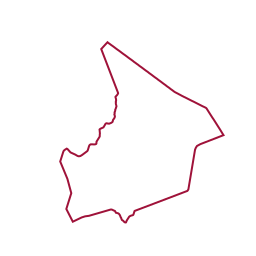 the border of Tamanghasset, rotated 249°
{"feature_id": "DZA-2189", "entity_name": "Tamanghasset", "entity_type": "Province", "adm_level": 1, "iso_a3": "DZA", "parent_name": "Algeria", "parent_adm1": "", "projection": "mercator", "projection_center": [6.568, 24.092], "detail": "fine", "context": "isolated", "style": "outline", "palette": "rose", "viewbox_px": 256, "rotation_deg": 249, "n_neighbors": 0, "source": "natural_earth", "source_scale": "10m", "svg_char_len": 3510}
<svg xmlns="http://www.w3.org/2000/svg" viewBox="0 0 256 256"><g transform="rotate(249 128 128)"><path d="M215.4,139.6L214.3,140.2L213.3,140.9L212.2,141.6L211.1,142.3L210.1,143.0L209.0,143.7L207.9,144.4L206.9,145.0L205.8,145.7L204.7,146.4L203.7,147.1L202.6,147.8L201.5,148.5L200.5,149.1L199.4,149.8L198.3,150.5L197.3,151.2L196.2,151.9L195.1,152.6L194.1,153.2L193.0,153.9L191.9,154.6L190.9,155.3L189.8,156.0L188.7,156.7L187.6,157.3L186.6,158.0L185.5,158.7L184.4,159.4L183.4,160.1L182.3,160.7L181.2,161.4L180.2,162.1L179.1,162.8L178.0,163.5L177.0,164.1L175.9,164.8L174.8,165.5L173.8,166.2L172.7,166.9L171.6,167.5L170.6,168.2L169.5,168.9L168.4,169.6L167.4,170.2L166.3,170.9L165.2,171.6L164.2,172.3L163.1,173.0L162.0,173.6L161.0,174.3L159.9,175.0L158.8,175.7L157.8,176.3L156.7,177.0L155.6,177.7L154.6,178.4L153.5,179.0L152.4,179.7L151.4,180.4L150.3,181.1L149.2,181.7L148.2,182.4L147.1,183.1L145.0,184.4L143.5,185.7L142.4,186.7L141.2,187.7L140.1,188.7L139.0,189.6L137.8,190.7L137.2,191.2L136.3,192.1L135.3,193.0L134.3,193.9L133.3,194.8L132.3,195.7L131.3,196.6L130.3,197.5L129.4,198.4L128.4,199.3L127.4,200.2L126.4,201.1L125.4,202.0L124.4,202.9L123.4,203.8L122.4,204.7L121.4,205.6L120.5,206.5L119.2,207.7L118.5,208.2L117.8,208.4L115.8,208.8L114.3,209.1L110.8,209.8L107.4,210.5L105.8,210.9L102.9,211.5L99.9,212.1L96.9,212.7L94.0,213.3L91.3,213.8L88.6,214.3L87.1,214.6L87.0,189.8L86.5,186.0L85.3,184.3L83.7,182.8L49.1,162.4L48.3,161.4L48.0,160.8L48.2,104.7L48.1,104.4L48.0,104.2L47.8,104.1L45.2,102.0L45.0,101.7L44.9,101.2L45.1,99.5L45.0,98.5L45.0,98.1L44.9,97.7L44.8,97.4L44.6,97.1L42.1,93.7L40.8,92.5L40.6,92.2L40.8,91.6L41.1,91.2L41.9,90.7L43.1,90.3L44.1,89.5L44.3,89.4L45.5,89.3L46.4,89.4L46.6,89.4L47.2,89.2L47.4,89.2L49.5,89.2L51.0,88.8L51.4,88.6L51.7,88.4L52.1,87.9L53.1,86.6L53.2,86.4L53.3,86.4L53.5,86.3L55.1,86.1L55.3,86.0L56.3,84.9L56.8,84.5L57.5,83.8L57.8,83.4L58.0,82.9L58.1,82.5L60.0,60.1L60.9,56.3L61.1,52.7L60.3,42.9L74.5,41.4L87.5,51.7L102.2,53.2L121.0,52.7L128.8,58.9L129.8,59.9L130.3,61.3L130.7,63.4L130.0,64.0L125.8,65.6L121.9,69.4L120.8,70.2L119.8,71.1L119.2,72.0L118.9,73.5L119.3,75.6L121.0,81.6L121.1,81.8L121.3,82.1L121.9,82.7L125.0,85.1L125.6,85.7L125.9,86.2L126.0,86.7L126.1,87.0L126.1,87.3L126.0,87.7L124.7,90.8L124.6,91.2L124.5,91.6L124.5,92.1L124.5,92.4L124.6,92.6L124.7,92.8L124.8,92.9L126.5,93.7L126.6,93.8L129.9,98.2L130.1,98.4L130.2,98.5L130.3,98.6L132.0,99.3L132.4,99.5L132.9,99.8L136.8,100.9L137.0,101.3L137.2,102.1L137.4,105.3L139.2,107.6L139.6,108.0L139.9,108.4L140.0,108.7L140.1,108.9L140.1,109.1L140.1,109.3L140.1,109.6L140.0,109.9L139.3,110.9L139.2,111.0L138.9,111.9L138.8,112.0L138.8,114.0L139.1,115.4L139.2,115.6L139.4,115.9L139.7,116.1L140.7,116.8L141.0,117.1L141.2,117.3L141.6,118.1L142.1,118.7L142.3,119.0L142.5,119.2L142.8,119.4L143.0,119.6L143.2,119.8L143.9,120.0L144.5,120.1L145.2,120.1L145.3,120.1L145.5,120.1L145.9,120.5L146.0,120.5L146.3,120.6L146.7,120.9L146.8,121.0L147.0,121.0L147.3,121.0L147.6,121.2L147.7,121.3L148.1,121.7L148.3,121.9L148.5,122.1L149.2,122.5L149.6,122.6L150.7,123.7L150.9,123.8L151.2,124.0L151.3,124.1L151.7,124.5L151.9,124.6L152.3,124.9L152.4,125.0L152.5,125.0L153.5,125.2L154.3,125.2L154.7,125.3L155.9,125.6L156.4,126.0L156.7,126.1L156.8,126.1L157.1,126.2L157.3,126.2L157.8,126.7L159.3,127.2L160.6,127.3L161.0,127.3L161.3,127.4L161.6,127.5L161.7,127.8L161.9,128.0L162.6,129.5L163.0,130.1L163.4,130.6L163.8,131.1L164.0,131.2L164.3,131.3L211.3,131.3L213.1,134.9L214.2,137.1L215.4,139.6Z" fill="none" stroke="#9f1239" stroke-width="2"/></g></svg>